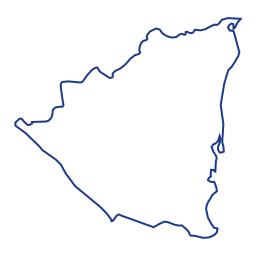 the border of Nicaragua
{"feature_id": "NIC", "entity_name": "Nicaragua", "entity_type": "country or territory", "adm_level": 0, "iso_a3": "NIC", "parent_name": "North America", "parent_adm1": "", "projection": "albers", "projection_center": [-84.819, 12.872], "detail": "fine", "context": "isolated", "style": "outline", "palette": "blue", "viewbox_px": 256, "rotation_deg": 0, "n_neighbors": 0, "source": "natural_earth", "source_scale": "50m", "svg_char_len": 2123}
<svg xmlns="http://www.w3.org/2000/svg" viewBox="0 0 256 256"><path d="M240.6,18.8L239.3,20.7L237.8,22.0L234.6,28.1L233.5,28.7L233.3,24.1L231.4,23.6L229.2,25.2L228.0,27.5L229.9,30.6L231.6,30.6L233.7,31.4L239.4,52.4L238.2,56.1L234.8,62.0L231.5,67.0L228.3,70.1L224.3,83.4L220.7,104.9L223.4,124.3L222.2,142.1L223.4,146.4L223.8,151.6L221.0,152.6L219.5,152.4L217.9,149.2L218.1,146.4L219.7,143.0L220.3,138.5L219.6,136.1L218.0,141.3L215.2,143.6L213.3,144.4L211.5,147.0L213.5,151.9L215.9,155.5L216.7,158.1L215.9,161.1L215.3,171.6L214.5,171.3L213.6,169.9L211.0,169.8L210.7,174.0L210.9,176.4L208.7,178.2L207.9,180.0L209.7,181.3L211.7,182.0L214.2,181.8L216.2,187.0L216.9,191.2L212.2,195.1L210.6,198.3L208.0,202.2L206.5,206.1L206.1,208.8L207.9,217.5L211.2,223.7L213.9,227.6L217.5,228.5L216.7,232.6L214.0,235.2L209.0,237.4L203.6,237.9L194.6,235.8L191.0,235.6L189.6,234.5L189.1,232.5L186.6,229.4L181.9,225.4L179.2,225.6L174.8,224.8L167.4,222.0L164.1,221.7L159.2,224.0L153.6,227.2L140.0,222.3L130.4,218.8L121.8,215.8L119.5,214.6L117.7,214.8L116.0,216.4L114.2,219.3L113.5,220.1L112.5,220.9L111.4,221.1L111.4,219.7L107.2,214.0L100.6,207.2L75.1,186.1L65.8,173.6L60.8,164.5L56.1,159.8L42.4,150.1L39.3,146.3L25.8,133.3L15.5,125.7L15.4,122.5L19.7,118.6L21.8,118.8L24.0,121.7L27.6,124.9L29.4,125.0L32.0,123.5L32.0,122.0L46.0,121.5L48.5,120.7L51.0,118.3L52.3,115.1L52.6,111.9L53.1,109.6L55.4,107.4L59.4,106.8L62.6,106.6L63.5,105.1L62.6,100.2L61.0,88.5L60.7,85.2L61.3,82.8L62.6,81.9L68.7,81.4L80.4,82.5L82.6,81.7L87.3,75.1L91.7,70.2L94.8,68.1L97.2,67.4L100.0,71.8L109.8,78.0L111.5,77.6L112.5,77.3L112.8,76.4L112.6,73.6L115.1,71.0L120.2,68.6L125.3,64.5L130.5,58.6L135.0,55.1L138.7,54.1L140.2,52.5L139.3,50.3L139.6,47.2L141.1,43.1L143.3,40.8L146.2,40.2L147.3,38.9L146.7,37.0L147.3,34.9L149.9,31.5L156.1,28.5L159.6,29.5L162.6,33.5L166.7,36.1L172.1,37.6L176.3,37.0L179.3,34.6L181.9,33.8L184.3,34.8L185.6,34.2L185.7,32.1L186.9,31.7L189.3,32.8L191.3,33.1L193.2,32.5L193.9,31.5L194.2,30.5L195.6,29.7L200.2,30.4L205.4,29.2L211.2,26.0L215.0,24.6L216.9,25.0L219.2,23.3L221.8,19.8L227.8,18.1L240.6,18.8Z" fill="none" stroke="#1e3a8a" stroke-width="2"/></svg>